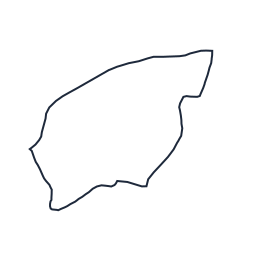 outline of Akoko North West, Ondo, Nigeria, rotated 166°
{"feature_id": "59680162B56866992006033", "entity_name": "Akoko North West", "entity_type": "district", "adm_level": 2, "iso_a3": "NGA", "parent_name": "Nigeria", "parent_adm1": "Ondo", "projection": "mercator", "projection_center": [5.79, 7.65], "detail": "fine", "context": "isolated", "style": "outline", "palette": "slate", "viewbox_px": 256, "rotation_deg": 166, "n_neighbors": 0, "source": "geoboundaries", "source_scale": "gbopen_adm2", "svg_char_len": 1479}
<svg xmlns="http://www.w3.org/2000/svg" viewBox="0 0 256 256"><g transform="rotate(166 128 128)"><path d="M124.2,67.0L120.8,73.4L117.9,75.6L113.7,78.8L107.2,83.0L105.2,84.3L96.3,90.2L88.9,96.2L83.9,101.8L82.4,103.2L80.6,105.2L78.3,107.5L75.4,114.6L75.1,119.1L74.3,122.7L73.7,127.3L73.3,132.7L73.3,135.8L71.5,139.3L66.7,144.8L63.5,144.8L60.0,143.4L53.3,141.5L50.6,141.7L49.4,143.4L45.3,148.7L43.0,152.2L42.5,153.3L40.3,156.6L40.2,156.8L37.9,160.3L35.6,164.4L34.4,166.7L31.6,170.8L30.1,174.7L29.9,175.5L29.6,176.1L28.7,178.4L27.6,182.5L33.4,184.2L38.6,185.3L45.0,185.3L49.6,185.3L54.8,184.6L60.6,185.2L68.7,186.9L70.0,187.2L76.8,188.6L86.1,190.9L91.9,190.8L95.1,190.6L101.1,190.2L101.7,190.2L105.8,190.4L111.5,190.7L121.0,190.2L123.7,190.1L131.8,188.9L132.4,188.9L168.2,178.8L175.1,177.0L183.8,174.6L186.1,173.7L191.3,171.7L199.4,167.0L204.0,161.7L205.7,157.1L212.6,144.8L214.3,140.7L217.1,137.8L221.8,134.3L226.9,131.9L228.4,131.3L226.9,129.0L226.3,122.1L225.7,117.4L224.5,113.9L223.4,109.3L222.2,102.3L221.6,99.4L220.4,96.5L218.0,91.9L217.5,89.0L216.9,86.6L217.4,84.9L218.0,82.6L219.1,79.1L219.7,76.7L220.9,75.6L222.0,73.2L222.6,70.9L222.5,68.6L221.4,67.4L216.7,65.7L215.6,65.1L212.7,65.7L208.6,66.3L205.8,66.9L202.3,68.1L197.1,69.3L195.0,70.2L193.1,71.1L189.0,72.3L185.0,74.0L181.5,75.2L176.9,77.6L172.3,78.8L167.6,78.8L164.2,77.6L161.3,76.5L158.4,75.3L154.9,75.9L153.2,77.1L151.3,79.2L141.7,75.8L128.7,68.0L124.2,67.0Z" fill="none" stroke="#1e293b" stroke-width="2"/></g></svg>